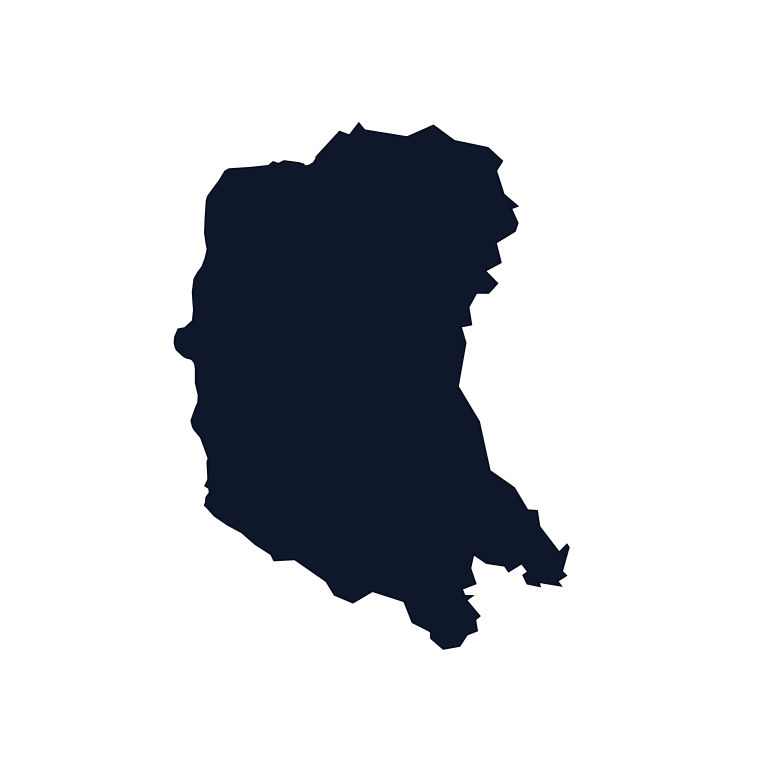 outline of Chucher - Sandevo, Čučer Sandevo, North Macedonia, rotated 329°
{"feature_id": "65306769B58175225548943", "entity_name": "Chucher - Sandevo", "entity_type": "district", "adm_level": 2, "iso_a3": "MKD", "parent_name": "North Macedonia", "parent_adm1": "Čučer Sandevo", "projection": "equal_earth", "projection_center": [21.395, 42.146], "detail": "fine", "context": "isolated", "style": "filled", "palette": "ink", "viewbox_px": 768, "rotation_deg": 329, "n_neighbors": 0, "source": "geoboundaries", "source_scale": "gbopen_adm2", "svg_char_len": 1899}
<svg xmlns="http://www.w3.org/2000/svg" viewBox="0 0 768 768"><g transform="rotate(329 384 384)"><path d="M442.9,154.4L441.8,155.9L437.5,158.1L431.7,158.0L428.3,156.5L428.2,154.3L424.9,150.6L413.2,141.3L406.9,140.8L403.4,136.5L400.1,136.9L397.5,137.5L380.2,129.4L362.6,120.3L361.2,119.8L357.2,119.8L347.7,124.8L335.9,129.7L329.4,132.5L326.1,135.7L316.2,150.0L308.3,162.0L304.1,171.8L302.1,177.5L295.3,184.5L288.6,189.8L281.9,192.5L275.4,196.2L267.2,206.6L263.0,214.7L259.0,222.7L252.6,231.2L242.2,233.4L235.8,231.0L229.1,235.9L225.6,240.6L224.1,245.1L223.8,247.9L225.9,255.2L226.8,257.7L228.9,260.7L230.9,262.4L232.1,264.5L232.5,267.9L231.9,270.3L230.1,274.4L223.1,286.0L221.1,292.0L219.2,298.1L214.9,304.3L210.4,307.4L199.9,316.0L198.0,322.0L197.8,325.1L199.4,335.5L195.6,355.1L195.3,357.1L192.2,360.0L185.3,373.0L184.0,375.2L178.1,379.2L180.3,383.2L178.5,387.3L173.0,389.7L170.1,393.8L167.7,395.6L168.4,397.5L170.7,409.7L177.1,423.7L185.6,438.1L191.1,455.1L199.4,471.8L198.8,478.7L217.1,488.4L232.8,523.3L232.9,539.3L244.7,555.5L267.4,555.7L289.2,580.7L285.5,602.9L296.4,620.3L293.2,626.2L298.3,641.7L313.9,647.6L326.1,641.7L336.8,643.5L340.9,633.1L346.6,632.2L343.3,611.8L350.8,611.2L344.1,607.1L345.3,599.9L359.8,602.4L363.2,586.5L373.0,576.2L379.5,590.3L393.8,602.1L394.1,609.0L409.5,608.8L410.7,619.2L404.8,619.5L403.9,629.0L413.5,637.9L414.7,633.6L431.8,648.2L431.2,642.3L441.6,642.1L440.2,636.4L458.4,619.2L458.2,615.7L447.5,618.6L443.9,586.3L450.0,571.5L442.1,566.0L442.2,540.2L430.1,512.9L446.2,465.3L446.2,424.2L475.2,390.9L479.5,374.5L489.5,378.2L496.1,361.8L510.1,353.6L520.5,359.9L533.1,356.2L529.0,339.2L546.8,340.1L552.7,320.6L575.1,320.5L581.6,314.9L583.5,299.1L590.2,300.4L584.4,283.2L590.1,259.0L600.3,253.9L594.8,235.1L569.6,211.8L559.6,187.8L531.0,184.2L498.1,156.4L496.8,147.4L482.5,153.0L475.9,144.7L442.9,154.4Z" fill="#0f172a" stroke="#020617" stroke-width="1.5"/></g></svg>